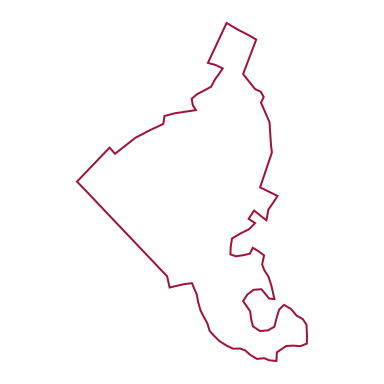 outline of Barra Bonita, Santa Catarina, Brazil
{"feature_id": "56859067B80116174386319", "entity_name": "Barra Bonita", "entity_type": "district", "adm_level": 2, "iso_a3": "BRA", "parent_name": "Brazil", "parent_adm1": "Santa Catarina", "projection": "robinson", "projection_center": [-53.408, -26.665], "detail": "fine", "context": "isolated", "style": "outline", "palette": "rose", "viewbox_px": 384, "rotation_deg": 0, "n_neighbors": 0, "source": "geoboundaries", "source_scale": "gbopen_adm2", "svg_char_len": 1403}
<svg xmlns="http://www.w3.org/2000/svg" viewBox="0 0 384 384"><path d="M207.9,62.9L215.3,64.9L222.7,68.4L219.5,73.2L215.0,79.4L211.1,86.7L205.1,90.0L197.4,94.0L191.7,98.7L192.8,105.3L195.9,110.1L174.7,113.3L164.5,116.0L163.3,123.9L150.3,130.0L135.2,137.9L115.0,153.8L109.6,147.6L77.0,181.6L88.4,193.4L100.2,205.9L110.0,216.2L167.1,276.3L169.6,287.5L184.3,284.1L192.0,283.2L194.3,288.9L196.8,294.5L198.0,301.5L200.5,310.4L203.9,317.1L207.3,323.3L209.7,331.0L213.9,335.6L219.3,341.0L226.7,345.7L233.2,348.7L240.0,348.5L245.2,350.4L250.3,354.9L257.0,358.9L264.2,358.2L269.2,360.3L276.4,361.0L276.9,352.3L286.2,346.0L293.4,345.6L300.3,346.2L306.8,343.6L307.0,336.0L306.5,324.7L302.8,319.1L296.7,315.7L291.1,309.1L284.0,304.8L279.1,309.7L276.4,318.7L274.4,326.7L267.9,330.4L259.9,331.0L253.0,326.4L251.0,318.4L250.2,311.4L246.8,306.4L243.1,301.1L247.4,294.5L253.7,289.8L261.3,289.2L265.3,293.8L269.0,298.5L274.4,299.1L272.6,290.9L271.2,284.9L268.4,276.6L264.2,270.0L262.1,264.4L264.1,255.4L258.2,251.0L252.8,247.8L249.9,253.6L244.3,255.0L236.0,256.3L230.4,254.4L230.7,247.0L232.0,238.5L241.1,233.1L249.1,229.2L255.1,223.1L248.6,218.8L254.1,210.6L266.4,220.3L268.4,209.5L273.2,202.7L277.5,195.9L260.1,187.4L271.9,152.5L271.0,145.2L269.5,122.2L261.0,102.7L263.7,97.0L260.7,91.7L255.1,89.1L243.1,74.1L256.2,39.6L248.5,35.1L237.4,29.4L226.6,23.0L207.9,62.9Z" fill="none" stroke="#9f1239" stroke-width="2"/></svg>